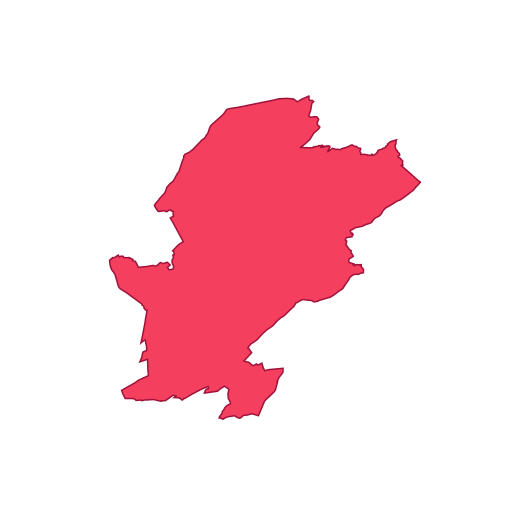 Kurmāles pag., Kuldigas, Latvia (Equal Earth projection), rotated 154°
{"feature_id": "27541924B2673216189448", "entity_name": "Kurmāles pag.", "entity_type": "district", "adm_level": 2, "iso_a3": "LVA", "parent_name": "Latvia", "parent_adm1": "Kuldigas", "projection": "equal_earth", "projection_center": [21.84, 56.915], "detail": "fine", "context": "isolated", "style": "filled", "palette": "rose", "viewbox_px": 512, "rotation_deg": 154, "n_neighbors": 0, "source": "geoboundaries", "source_scale": "gbopen_adm2", "svg_char_len": 6103}
<svg xmlns="http://www.w3.org/2000/svg" viewBox="0 0 512 512"><g transform="rotate(154 256 256)"><path d="M239.4,393.1L241.6,391.4L245.8,387.1L247.1,386.7L249.6,385.0L251.1,384.3L253.1,384.2L265.9,379.5L270.5,378.5L275.2,378.6L276.4,377.8L277.2,377.6L277.3,376.9L278.5,375.4L281.3,373.0L283.9,370.1L288.3,365.7L290.8,364.4L297.3,359.8L298.7,359.3L301.6,358.7L306.1,356.8L308.2,354.5L310.8,352.5L317.8,349.8L318.3,349.3L323.1,347.3L325.2,346.0L324.9,341.3L324.3,338.8L321.9,337.9L319.0,337.2L317.1,335.0L313.4,335.3L312.5,334.8L312.5,333.8L310.7,332.1L311.8,330.9L312.5,329.1L312.6,328.0L316.4,327.8L316.0,323.0L315.1,300.8L319.3,300.4L321.9,299.7L328.7,297.2L327.9,296.3L328.9,293.0L330.3,293.3L330.9,291.1L331.7,289.9L332.8,289.5L333.7,288.3L334.5,286.2L334.4,284.2L334.7,282.5L336.0,280.7L337.7,280.9L340.1,281.7L340.6,284.6L337.1,285.5L338.5,289.3L342.7,289.9L344.9,292.1L349.9,290.6L351.5,291.5L352.7,292.7L358.7,294.4L366.7,297.4L366.6,301.5L366.8,304.1L368.6,305.3L368.8,306.1L368.1,306.9L369.3,308.1L369.5,308.8L369.8,308.8L370.2,309.4L370.6,309.5L370.5,309.8L370.9,310.3L372.7,311.0L375.7,312.7L375.5,313.5L375.8,314.3L378.2,315.2L378.8,315.1L379.3,315.2L379.5,315.5L379.3,317.1L381.7,317.0L383.8,316.6L385.6,317.4L386.1,317.1L387.2,317.1L387.7,316.6L389.4,316.5L391.2,311.5L391.7,308.4L391.7,306.9L391.0,303.2L390.9,300.7L392.9,289.4L392.9,287.6L392.6,286.6L391.7,284.9L388.4,279.6L380.5,264.6L379.7,262.9L379.6,262.5L379.9,262.0L379.1,260.2L379.1,259.1L379.5,258.4L379.0,256.0L378.0,254.9L377.8,254.9L383.5,247.0L383.4,246.9L392.5,234.7L397.5,228.3L395.1,229.0L392.4,229.0L392.6,227.7L393.1,226.6L394.0,222.8L395.7,219.0L399.6,219.3L401.2,217.6L402.8,215.2L406.8,211.8L398.8,210.7L403.2,200.7L405.1,195.7L405.3,195.6L405.1,195.6L416.0,195.9L420.5,195.1L435.7,194.2L436.1,190.5L436.1,185.3L430.8,182.7L428.2,181.2L427.0,178.7L422.7,177.0L421.9,175.9L418.8,175.3L416.2,173.9L415.8,173.9L412.3,172.5L410.3,171.4L406.4,168.1L404.6,166.9L404.3,167.2L401.0,165.8L400.0,165.8L391.5,167.2L389.2,165.2L391.7,164.7L387.4,162.3L387.1,161.6L386.5,161.2L385.7,159.0L384.7,158.9L383.2,159.5L382.9,159.3L382.3,159.2L374.1,159.9L363.8,160.2L356.4,159.8L356.3,159.2L356.7,157.7L358.8,158.0L360.2,157.6L362.5,155.4L349.8,151.3L346.8,152.2L341.5,152.8L339.1,148.9L339.1,148.3L339.2,147.5L341.6,144.5L343.4,140.0L343.2,137.4L343.3,135.3L343.9,134.3L345.2,134.5L348.1,134.2L350.7,133.2L352.7,131.6L354.2,131.2L355.5,129.6L359.7,127.2L360.1,126.4L359.4,126.4L357.3,123.8L352.8,124.1L345.5,121.9L343.6,119.0L341.7,117.3L340.7,117.3L336.8,118.3L334.7,117.2L328.7,115.9L323.8,111.4L311.7,122.0L299.0,126.0L297.2,127.2L291.8,133.4L292.2,133.8L288.5,136.7L283.8,139.1L283.0,139.4L280.9,143.2L294.1,148.2L296.4,148.8L298.4,149.0L298.5,152.4L297.7,157.1L302.4,157.1L302.9,158.8L306.8,158.6L309.0,163.7L310.0,164.3L312.9,166.9L302.3,171.0L303.1,176.7L303.6,177.0L301.8,178.0L299.6,179.1L294.9,179.7L291.4,180.4L284.7,183.1L279.1,184.8L271.6,185.9L264.9,188.6L260.6,189.6L257.1,189.9L248.4,192.8L243.9,194.1L241.2,196.0L240.4,196.3L239.4,196.1L237.8,196.4L233.1,196.4L225.3,191.4L224.5,189.9L223.4,189.0L219.8,188.2L219.5,188.4L218.3,188.3L207.0,186.4L203.2,186.8L197.1,188.0L192.5,188.6L187.1,191.8L183.0,194.0L181.0,195.7L176.5,196.5L173.9,195.7L172.7,194.9L171.9,194.7L171.7,194.5L170.7,194.6L168.5,194.5L167.7,194.0L166.8,193.9L165.3,196.7L166.2,201.4L165.4,201.6L165.2,202.0L165.7,202.0L165.8,202.3L166.2,202.4L166.9,202.9L167.3,202.9L167.5,203.2L168.6,203.6L168.9,204.0L169.5,203.9L170.0,204.3L171.0,204.2L170.8,204.4L170.8,204.6L171.5,204.7L171.6,205.0L172.2,205.3L172.5,205.6L171.6,206.1L175.0,209.2L175.1,210.5L173.7,212.5L168.8,213.0L168.6,214.0L169.1,217.5L168.1,219.2L169.1,220.4L170.1,226.1L170.4,226.6L167.9,229.6L168.7,231.3L166.7,232.9L161.3,231.2L160.9,231.8L159.9,232.2L159.3,233.0L159.4,234.1L160.4,234.1L160.6,234.3L160.3,235.6L160.5,236.5L159.9,237.6L158.5,237.5L153.8,237.8L147.4,236.1L143.9,236.2L140.4,235.6L137.8,235.5L136.5,235.9L134.8,237.0L132.2,237.9L128.0,237.9L126.9,238.2L124.8,239.0L122.0,241.0L118.6,242.3L112.3,242.7L105.5,243.5L101.6,243.2L96.2,244.0L85.7,246.2L82.7,247.6L76.1,250.1L75.9,250.5L77.2,252.8L82.5,265.8L85.8,273.5L84.0,273.4L84.1,274.4L82.5,277.0L83.6,280.9L84.9,282.8L84.5,283.3L82.5,283.7L82.3,285.1L82.4,286.2L83.1,287.7L82.9,288.6L83.0,289.4L83.5,290.4L83.0,293.1L82.4,294.6L81.1,295.4L80.3,296.8L79.8,298.1L78.9,298.8L84.6,299.8L85.5,299.8L85.9,299.6L87.0,299.5L87.8,299.1L88.1,299.1L88.5,298.9L88.4,298.6L89.1,298.0L89.3,298.1L89.8,297.8L91.0,297.8L91.8,297.0L92.5,296.8L94.9,297.1L96.0,296.8L99.8,297.5L100.1,297.4L100.7,296.6L101.0,296.5L101.2,296.2L101.4,296.3L101.6,296.0L102.3,295.8L102.8,295.3L103.3,295.4L105.5,295.0L106.4,295.1L106.9,295.4L107.1,295.7L106.9,296.3L107.2,296.5L107.6,296.7L108.2,295.9L108.6,296.1L110.2,297.0L113.7,299.7L117.0,301.2L117.3,301.2L116.7,302.5L116.7,303.4L116.8,304.1L116.6,304.9L115.1,306.1L114.8,306.9L116.6,308.0L117.9,310.7L119.4,311.3L120.0,312.6L121.1,313.9L126.7,314.0L131.9,314.9L134.0,314.7L135.7,316.1L137.5,316.8L140.0,319.3L145.6,318.2L145.6,319.0L144.8,319.0L144.5,319.4L144.0,319.6L144.0,319.9L143.0,320.4L143.0,320.7L142.6,321.2L141.8,321.5L142.0,322.0L141.6,322.2L141.6,322.4L142.9,323.5L144.2,323.5L144.3,323.8L144.1,323.9L144.3,324.1L146.1,323.9L146.3,324.0L146.2,324.5L146.4,324.7L147.5,324.3L148.3,324.5L148.7,324.8L149.2,325.1L150.7,325.3L149.9,325.6L148.4,325.4L147.4,325.6L147.8,326.4L148.1,326.6L149.8,326.9L151.0,327.7L152.7,327.5L153.7,328.1L155.9,328.5L156.5,328.9L157.3,328.5L158.5,328.8L160.4,329.9L161.4,330.2L162.9,331.2L164.3,331.7L166.5,333.2L168.4,333.8L168.5,334.0L163.3,335.1L156.5,337.1L150.3,341.1L144.2,342.7L142.3,343.7L142.1,344.2L143.3,347.3L142.2,349.3L139.9,351.2L139.7,351.7L140.4,354.5L142.1,355.5L145.7,356.5L147.1,358.5L147.2,358.9L143.2,362.7L138.7,369.0L137.2,369.1L136.5,369.6L136.9,370.3L136.9,370.9L138.3,371.6L139.3,372.5L139.8,373.4L139.7,374.0L138.5,375.8L138.4,376.6L146.6,376.9L151.1,376.4L153.1,380.1L153.3,380.6L158.9,384.0L166.3,387.2L171.4,388.3L207.3,397.6L214.3,399.8L217.9,400.6L223.5,397.6L239.4,393.1Z" fill="#f43f5e" stroke="#9f1239" stroke-width="1.5"/></g></svg>